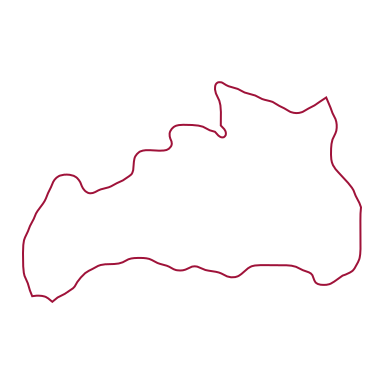 outline of Sabana Yegua, Azua, Dominican Republic
{"feature_id": "3306468B31402927654959", "entity_name": "Sabana Yegua", "entity_type": "district", "adm_level": 2, "iso_a3": "DOM", "parent_name": "Dominican Republic", "parent_adm1": "Azua", "projection": "robinson", "projection_center": [-70.887, 18.416], "detail": "fine", "context": "isolated", "style": "outline", "palette": "rose", "viewbox_px": 384, "rotation_deg": 0, "n_neighbors": 0, "source": "geoboundaries", "source_scale": "gbopen_adm2", "svg_char_len": 3024}
<svg xmlns="http://www.w3.org/2000/svg" viewBox="0 0 384 384"><path d="M326.2,97.5L320.0,101.6L314.5,105.4L308.5,108.5L303.0,111.7L301.8,112.2L299.1,112.9L296.4,113.1L293.6,112.8L291.0,112.1L289.8,111.6L284.2,108.3L279.3,105.9L272.6,101.9L270.0,101.1L264.7,99.8L262.1,99.0L255.2,95.5L244.6,92.5L237.7,88.9L228.5,86.2L226.2,85.1L222.3,82.7L221.2,82.3L218.9,82.2L217.7,82.5L216.6,83.3L215.8,84.3L215.3,85.5L215.1,86.8L215.0,89.4L215.9,93.4L219.3,100.7L220.4,105.3L220.9,112.0L220.8,125.5L224.3,129.2L225.5,131.3L225.8,132.5L225.9,133.8L225.7,135.1L224.9,136.3L223.8,137.2L222.6,137.4L221.4,137.3L220.3,136.9L218.4,135.6L215.0,131.8L209.8,130.3L202.9,126.7L198.4,125.6L192.1,125.0L183.1,124.8L178.8,125.1L176.2,125.7L174.9,126.3L173.7,127.0L171.8,128.8L170.4,131.0L169.9,132.2L169.6,133.6L169.7,136.3L170.3,138.6L171.5,141.5L171.8,143.7L171.6,144.9L171.2,146.0L170.5,147.0L168.8,148.8L166.5,150.0L163.8,150.5L159.4,150.7L150.3,150.2L145.8,150.2L142.9,150.6L140.1,151.5L139.0,152.2L137.0,154.0L135.4,156.2L134.8,157.4L134.4,158.8L133.9,161.7L133.2,170.1L132.4,172.6L131.8,173.8L131.0,174.7L129.1,176.2L122.9,180.4L116.8,183.2L111.1,186.3L108.7,187.3L100.7,189.4L98.3,190.4L95.1,192.1L92.8,193.0L90.2,193.3L88.9,193.1L87.7,192.7L85.5,191.3L84.6,190.4L83.0,188.4L81.8,186.1L80.3,182.3L78.9,180.1L77.2,178.1L76.1,177.2L73.7,175.8L69.7,174.8L66.9,174.6L64.1,174.7L60.0,175.6L58.7,176.2L56.5,177.7L54.6,179.7L53.2,181.9L51.0,187.1L48.0,193.2L45.9,198.5L44.6,201.1L43.0,203.6L37.6,210.9L36.0,213.5L33.8,218.8L30.0,226.0L27.9,231.4L25.0,237.5L24.0,240.3L23.3,245.0L23.0,253.1L23.2,266.3L23.8,272.7L24.5,275.8L27.8,283.3L29.9,290.4L32.2,296.2L36.4,295.7L39.2,295.7L41.9,295.9L44.6,296.5L45.9,297.0L48.2,298.4L52.3,301.8L57.6,297.5L64.7,293.9L73.0,288.3L74.7,286.5L77.3,282.0L80.9,277.4L85.2,273.1L88.8,270.8L92.4,269.0L98.1,265.9L100.7,265.0L105.1,264.3L114.2,264.0L118.7,263.5L122.7,262.3L128.4,259.3L131.2,258.5L134.2,258.1L138.7,257.9L143.3,258.0L146.3,258.3L149.2,258.9L151.8,260.0L157.5,263.0L160.1,263.9L166.7,265.7L169.1,266.7L173.6,269.2L176.1,270.1L177.5,270.3L180.2,270.5L182.9,270.3L185.5,269.6L192.1,266.6L194.7,266.3L197.2,266.6L205.4,270.0L208.3,270.6L215.9,271.8L218.8,272.5L221.4,273.5L227.1,276.4L231.1,277.3L235.2,277.1L237.8,276.3L239.1,275.6L241.4,274.0L248.0,268.3L250.5,266.8L251.9,266.2L254.9,265.5L261.1,265.1L286.8,265.3L291.5,265.7L296.0,266.8L302.9,270.2L308.8,272.3L310.9,273.5L312.4,275.2L314.4,280.5L315.6,282.5L316.7,283.3L317.9,284.0L320.5,284.7L323.4,284.9L326.4,284.8L329.3,284.2L330.8,283.6L334.2,281.6L342.6,275.6L345.5,274.6L349.8,272.6L351.9,271.3L352.9,270.5L354.5,268.5L358.0,262.2L359.3,259.1L359.7,257.5L360.2,254.2L360.5,249.0L360.4,220.7L360.5,213.7L361.0,207.3L359.4,203.0L355.6,195.7L353.5,190.3L351.9,187.7L348.1,182.9L338.6,172.6L335.5,169.1L333.0,165.2L331.9,162.3L331.3,159.4L331.0,154.7L331.1,148.5L331.5,143.9L332.5,139.5L335.4,133.4L336.3,130.8L336.7,127.8L336.7,124.8L336.3,121.9L335.5,119.1L332.5,113.1L330.5,107.6L326.2,97.5Z" fill="none" stroke="#9f1239" stroke-width="2"/></svg>